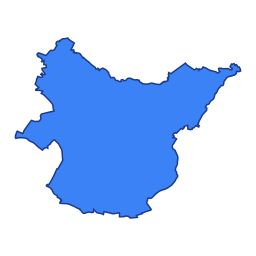 the district of Vargata, Mures, Romania
{"feature_id": "2599482B49125159917966", "entity_name": "Vargata", "entity_type": "district", "adm_level": 2, "iso_a3": "ROU", "parent_name": "Romania", "parent_adm1": "Mures", "projection": "robinson", "projection_center": [24.8, 46.587], "detail": "fine", "context": "isolated", "style": "filled", "palette": "blue", "viewbox_px": 256, "rotation_deg": 0, "n_neighbors": 0, "source": "geoboundaries", "source_scale": "gbopen_adm2", "svg_char_len": 5604}
<svg xmlns="http://www.w3.org/2000/svg" viewBox="0 0 256 256"><path d="M176.4,178.3L177.5,177.0L177.7,176.0L177.3,174.6L176.7,174.0L176.6,173.3L176.6,172.5L176.3,171.6L175.5,170.9L175.4,169.4L176.0,167.2L176.8,165.6L177.5,163.2L177.4,162.4L177.9,158.0L177.6,156.1L175.2,150.7L174.7,150.0L173.0,148.9L172.7,148.5L172.3,147.4L172.3,146.1L172.6,145.1L174.3,142.6L175.7,140.1L176.6,139.1L176.6,138.9L175.2,138.1L174.5,137.7L172.9,137.6L174.2,136.1L172.8,134.9L174.3,132.9L175.0,133.2L175.6,132.6L176.6,133.1L181.1,128.4L182.5,129.3L184.2,127.7L183.6,127.2L184.7,126.3L186.5,125.6L187.8,125.5L187.8,128.9L188.7,129.4L189.4,129.5L190.7,129.6L192.1,129.4L192.3,129.1L192.1,128.3L192.2,128.2L194.1,127.7L195.7,125.6L198.7,127.0L199.2,125.6L197.7,124.6L198.7,123.0L198.3,122.7L202.7,114.5L206.7,110.3L206.6,109.7L206.6,109.0L206.9,108.2L206.0,107.8L205.4,107.1L206.9,104.6L208.4,104.3L209.1,103.7L209.6,103.0L210.1,101.7L213.4,99.0L213.9,98.2L214.9,94.8L215.2,93.4L216.0,93.3L216.3,92.9L217.0,91.8L217.9,89.6L218.8,88.2L219.9,87.3L220.4,86.5L221.2,85.6L222.1,85.5L222.7,85.6L223.0,85.4L223.6,84.3L223.9,81.7L227.0,77.4L228.1,76.8L232.0,75.9L233.0,75.2L234.5,75.2L235.9,74.0L236.3,73.4L236.5,71.5L236.9,71.3L237.7,71.6L238.1,71.5L238.8,71.7L240.6,71.0L240.6,70.3L240.2,69.2L240.2,68.7L239.0,66.9L237.6,66.6L236.7,64.9L236.3,64.6L235.8,64.8L235.2,65.5L234.1,63.7L233.9,63.6L232.2,64.3L231.6,64.0L230.4,65.8L230.1,66.6L230.2,67.0L230.5,67.3L232.3,68.6L231.9,69.5L231.6,69.8L229.8,69.6L229.0,68.9L228.1,68.6L222.4,68.7L221.1,68.2L219.2,68.2L218.6,68.5L219.2,71.0L219.8,71.5L219.7,71.6L217.9,73.1L217.1,72.8L216.6,72.2L215.6,71.7L211.8,70.9L210.8,70.6L208.3,69.5L206.4,68.3L204.8,67.6L203.9,67.4L203.1,66.9L202.8,67.2L202.3,68.3L201.6,69.1L200.5,69.4L199.1,68.8L198.8,69.0L198.9,69.7L198.8,70.3L196.5,68.4L194.8,69.7L194.3,69.9L187.6,65.4L186.7,64.7L185.5,63.1L171.0,73.6L168.7,72.6L168.8,73.2L168.5,73.7L168.4,74.8L168.5,75.1L168.8,75.3L168.8,76.1L168.7,76.4L168.4,76.8L168.3,77.3L167.7,77.6L168.3,78.2L167.9,78.6L168.3,78.7L168.3,79.0L167.8,79.3L168.1,79.9L167.8,80.4L167.5,80.5L167.6,80.9L167.1,81.0L166.7,81.3L166.4,81.5L165.0,81.3L164.7,81.8L164.2,81.6L163.9,81.7L164.0,82.1L163.7,82.2L162.6,82.2L162.3,82.9L161.5,83.1L161.3,83.5L161.0,83.5L160.8,84.1L160.4,84.5L156.2,84.2L154.1,83.6L151.6,83.1L149.3,83.6L147.8,84.1L144.2,84.0L142.9,83.7L139.5,81.6L139.2,80.3L138.3,80.2L137.4,79.7L135.1,79.9L133.7,79.6L132.0,79.1L131.8,78.7L129.2,78.1L127.5,78.6L127.1,78.9L126.6,79.8L124.9,80.6L123.7,80.7L123.1,79.8L122.8,79.6L122.0,79.6L121.4,79.8L121.1,80.1L121.0,80.4L121.2,81.0L121.1,81.5L119.7,81.7L117.8,80.6L116.0,80.4L115.6,80.1L114.4,78.0L113.5,77.4L110.9,77.7L108.6,73.7L108.7,72.9L107.9,71.7L105.4,69.3L104.4,69.1L103.0,68.2L102.5,68.2L100.8,69.1L99.2,70.4L98.8,70.2L99.2,69.4L97.9,68.3L97.7,68.3L96.8,69.1L96.3,69.1L95.9,68.9L95.2,67.4L91.5,64.7L88.5,61.7L87.0,60.7L84.2,58.2L83.4,57.4L82.7,57.7L81.5,55.7L80.3,54.0L79.8,53.6L78.8,53.2L76.2,52.8L76.2,53.2L74.9,53.1L74.9,52.9L73.6,52.4L73.9,51.8L74.3,51.6L74.1,51.2L73.7,50.7L73.1,50.5L73.7,50.2L73.7,49.9L71.0,50.0L74.3,43.0L70.8,40.8L68.3,39.0L67.9,38.0L65.4,38.6L62.3,38.9L61.8,39.5L59.6,40.6L59.6,41.5L58.0,41.2L57.2,41.5L56.4,42.2L56.1,43.4L56.1,44.4L57.0,45.5L56.4,46.4L55.5,47.4L55.4,48.4L54.3,49.6L53.3,50.4L52.6,50.6L51.4,50.3L50.9,50.3L50.3,50.6L49.1,51.9L46.5,55.1L45.9,55.4L45.0,55.2L42.0,54.0L38.8,52.9L37.9,53.1L37.1,54.3L37.0,54.7L38.0,56.5L39.9,57.4L41.8,58.8L42.2,59.7L42.2,60.7L41.5,61.4L42.0,61.9L44.0,60.5L43.8,64.6L45.9,64.8L46.4,67.4L41.9,68.4L42.3,70.0L45.2,74.1L43.5,74.7L43.0,74.6L41.9,73.2L40.7,74.5L42.5,75.7L42.4,76.9L41.8,77.3L40.7,77.4L38.0,76.4L37.8,76.8L37.6,76.8L37.6,77.3L37.4,77.5L37.5,78.0L37.2,78.6L36.7,78.9L36.4,81.2L35.8,82.6L35.2,84.3L37.9,86.8L38.8,87.4L38.7,87.6L37.4,88.6L36.0,89.2L35.7,89.9L35.7,90.2L36.3,90.4L39.4,90.4L42.7,91.1L41.2,93.4L43.7,94.8L45.1,96.1L49.9,101.0L51.9,103.4L52.6,104.4L52.8,105.1L53.3,109.0L54.0,111.0L41.7,113.9L41.0,114.6L40.5,115.6L40.6,116.9L41.0,118.6L40.3,119.9L38.6,121.5L37.0,121.3L35.8,121.5L34.6,121.5L32.9,120.8L31.3,120.4L24.7,129.6L23.9,130.9L23.4,132.5L23.0,133.3L22.4,133.5L22.2,133.1L21.0,132.8L19.0,132.0L17.6,131.2L17.2,131.2L16.9,131.7L15.5,135.4L15.4,137.0L15.5,138.0L15.8,138.3L18.3,137.8L21.6,137.7L24.6,138.0L26.8,138.6L27.2,138.8L28.3,139.9L30.1,141.3L32.3,142.1L34.0,143.1L38.5,147.2L42.5,150.1L44.4,148.2L46.3,147.5L47.8,148.3L47.7,146.0L48.9,144.9L50.4,143.9L51.0,142.9L52.1,141.5L53.4,140.3L53.9,140.0L54.9,140.1L56.1,141.5L58.6,143.8L61.6,149.4L62.1,151.7L62.5,158.3L62.8,160.2L58.0,168.7L57.8,169.0L56.9,168.9L53.6,176.2L50.5,182.0L48.6,184.9L47.9,184.4L47.7,184.4L46.4,185.2L46.4,185.5L46.7,185.8L46.7,186.2L49.6,187.4L52.2,189.9L52.4,191.0L53.7,193.3L54.6,194.2L57.2,195.7L57.5,196.5L57.2,197.1L57.4,197.4L59.5,198.3L59.8,198.8L60.5,198.9L60.5,199.6L61.6,200.0L61.7,200.5L61.3,201.1L60.6,201.2L59.8,202.9L60.0,203.3L62.6,203.5L67.4,203.7L70.1,204.6L75.0,206.8L78.3,208.6L79.8,209.0L79.8,209.6L81.0,210.7L82.1,212.1L83.0,213.0L83.6,213.4L85.2,213.2L86.7,212.5L87.8,212.3L89.4,212.1L91.9,212.6L92.2,212.5L92.3,212.2L92.6,212.1L93.0,212.2L93.4,212.2L93.7,209.5L96.8,212.6L97.9,213.0L100.4,213.3L103.4,214.5L104.1,211.6L113.1,213.8L119.4,212.8L119.5,213.7L119.5,216.8L124.5,216.6L125.1,216.1L126.1,216.1L128.3,216.3L130.2,218.0L137.4,217.4L136.5,215.5L142.4,213.6L142.1,213.0L145.3,211.8L150.6,210.2L151.1,209.7L151.1,209.2L146.9,203.4L146.7,202.7L148.0,198.1L148.4,197.9L149.9,198.4L150.4,198.4L151.9,197.8L155.8,193.9L158.5,191.8L160.8,190.5L165.2,189.1L167.3,188.1L171.4,185.3L174.7,181.6L176.4,178.3Z" fill="#3b82f6" stroke="#1e3a8a" stroke-width="1.5"/></svg>